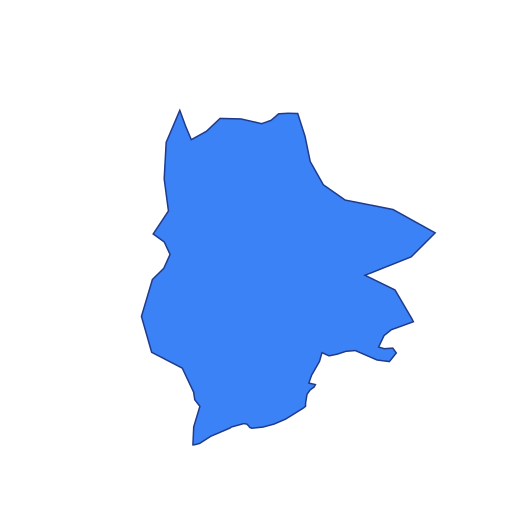 the border of El Seybo, rotated 145°
{"feature_id": "DOM-1986", "entity_name": "El Seybo", "entity_type": "Province", "adm_level": 1, "iso_a3": "DOM", "parent_name": "Dominican Republic", "parent_adm1": "", "projection": "mercator", "projection_center": [-69.039, 18.789], "detail": "fine", "context": "isolated", "style": "filled", "palette": "blue", "viewbox_px": 512, "rotation_deg": 145, "n_neighbors": 0, "source": "natural_earth", "source_scale": "10m", "svg_char_len": 1080}
<svg xmlns="http://www.w3.org/2000/svg" viewBox="0 0 512 512"><g transform="rotate(145 256 256)"><path d="M164.8,111.9L187.4,118.0L196.7,117.4L207.8,111.1L204.1,106.5L196.8,102.1L196.7,96.1L207.3,93.0L216.5,101.4L228.9,121.6L236.9,126.3L245.8,129.0L253.4,132.3L257.4,139.0L264.5,133.2L278.8,126.5L285.6,121.6L281.1,116.6L283.3,115.4L288.6,115.2L293.6,113.4L299.8,107.0L301.6,104.5L304.0,104.3L325.1,105.4L337.4,107.9L348.5,111.9L358.3,117.4L359.4,119.1L359.5,121.3L360.0,123.7L362.3,125.8L374.4,130.1L375.5,129.9L396.5,134.3L409.7,134.8L415.0,136.8L416.0,137.5L405.0,151.8L388.2,165.0L388.6,173.4L385.2,180.2L380.7,206.4L396.7,237.0L384.5,272.2L354.3,296.2L338.6,298.8L325.5,306.6L323.1,320.1L327.6,333.0L301.9,343.1L287.0,371.8L264.4,400.6L234.9,419.0L239.2,402.8L242.3,388.4L225.0,386.6L206.5,389.3L189.7,376.9L175.4,361.1L165.8,358.5L155.9,359.5L147.8,354.5L140.1,348.8L147.2,325.9L157.4,302.3L160.0,275.7L150.9,250.7L117.1,215.5L96.0,172.2L129.3,166.3L177.8,177.7L161.6,148.4L164.4,114.3L164.5,114.1L164.8,111.9Z" fill="#3b82f6" stroke="#1e3a8a" stroke-width="1.5"/></g></svg>